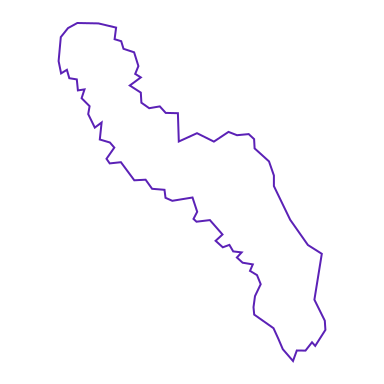 the district of King and Queen, Virginia, United States of America
{"feature_id": "52423323B46696554081250", "entity_name": "King and Queen", "entity_type": "district", "adm_level": 2, "iso_a3": "USA", "parent_name": "United States of America", "parent_adm1": "Virginia", "projection": "mercator", "projection_center": [-76.93, 37.702], "detail": "fine", "context": "isolated", "style": "outline", "palette": "violet", "viewbox_px": 384, "rotation_deg": 0, "n_neighbors": 0, "source": "geoboundaries", "source_scale": "gbopen_adm2", "svg_char_len": 1155}
<svg xmlns="http://www.w3.org/2000/svg" viewBox="0 0 384 384"><path d="M61.1,73.4L66.9,69.8L69.3,78.2L76.8,79.4L77.9,90.4L84.5,89.4L81.6,98.2L89.6,106.2L88.2,114.1L94.8,127.6L101.6,122.5L99.8,139.5L109.9,142.5L114.3,147.6L106.5,158.8L109.7,163.4L120.9,162.2L134.3,180.3L145.6,179.7L152.1,188.8L164.5,189.8L165.5,197.8L172.3,200.8L192.5,197.5L197.2,211.8L193.5,218.9L196.5,221.7L209.9,220.1L222.5,234.5L215.6,240.8L222.8,247.3L229.4,244.9L233.2,251.4L241.6,252.4L236.9,257.5L242.6,262.7L252.8,264.4L250.0,270.9L257.0,275.1L260.7,284.2L255.0,296.1L253.5,307.2L254.2,314.6L273.5,328.2L278.3,338.7L282.8,349.2L293.0,361.0L296.8,350.5L305.5,350.6L312.0,342.3L315.2,345.9L325.4,329.9L324.8,320.7L314.4,299.7L321.8,253.8L307.9,245.0L290.2,219.8L273.9,186.1L273.9,175.5L269.0,161.4L254.6,148.4L254.1,139.1L248.7,134.1L237.0,135.2L228.5,131.9L213.9,141.6L197.0,133.2L178.8,141.5L177.9,113.2L165.7,112.9L159.8,106.4L149.2,108.2L141.4,102.7L140.8,92.6L129.8,85.5L140.8,77.4L135.2,73.9L138.4,66.1L134.1,52.3L123.5,48.8L121.2,41.2L114.6,39.2L116.1,27.6L98.4,23.4L77.3,23.0L68.0,28.1L60.8,37.1L58.6,61.1L61.1,73.4Z" fill="none" stroke="#5b21b6" stroke-width="2"/></svg>